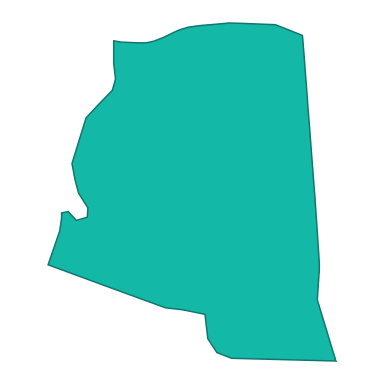 Adila, Eastern Darfur, Sudan (Mercator projection)
{"feature_id": "16777658B87348298332109", "entity_name": "Adila", "entity_type": "district", "adm_level": 2, "iso_a3": "SDN", "parent_name": "Sudan", "parent_adm1": "Eastern Darfur", "projection": "mercator", "projection_center": [27.139, 11.428], "detail": "fine", "context": "isolated", "style": "filled", "palette": "teal", "viewbox_px": 384, "rotation_deg": 0, "n_neighbors": 0, "source": "geoboundaries", "source_scale": "gbopen_adm2", "svg_char_len": 1964}
<svg xmlns="http://www.w3.org/2000/svg" viewBox="0 0 384 384"><path d="M335.9,361.0L335.8,360.9L335.8,360.6L335.7,360.5L335.6,360.2L335.5,359.9L335.5,359.7L335.3,359.1L335.1,358.3L333.4,352.8L333.3,352.7L332.5,349.9L331.7,347.3L331.2,345.5L331.0,345.0L329.8,341.0L328.7,337.5L328.0,334.9L327.5,333.5L327.4,333.3L327.4,333.0L326.6,330.4L326.0,328.4L325.8,327.9L325.5,326.9L323.4,320.1L323.3,319.6L322.7,317.6L322.2,316.1L321.8,314.7L320.6,310.8L320.3,309.6L319.8,308.2L319.2,306.0L318.8,304.7L318.7,304.6L317.9,301.8L317.4,300.2L317.3,299.7L317.3,299.4L317.4,298.4L317.6,295.2L317.7,293.2L318.0,288.8L318.1,288.2L318.3,284.6L318.3,284.3L318.6,280.2L318.9,275.6L319.2,272.2L319.4,265.3L318.9,256.5L318.8,254.7L318.5,250.3L317.9,241.9L317.8,240.3L317.2,230.4L317.1,229.8L317.1,228.8L316.9,225.7L316.8,224.6L316.5,220.5L316.4,218.8L316.3,218.2L316.3,217.1L316.3,216.9L316.1,215.1L316.0,213.6L315.9,212.1L315.9,211.2L315.6,207.4L315.5,205.6L315.4,204.4L315.4,204.1L315.3,203.0L315.2,201.9L315.1,199.9L315.1,199.7L315.1,199.2L314.7,194.3L314.4,191.2L314.3,189.1L313.9,183.8L313.8,182.3L313.6,179.9L313.5,179.6L313.3,176.3L313.1,173.8L312.5,165.9L311.6,154.4L310.8,143.7L309.4,125.3L308.0,107.7L307.9,106.3L306.6,88.5L306.4,85.8L305.5,74.4L305.4,73.3L304.9,66.3L304.7,64.0L304.7,63.4L304.3,58.1L303.1,43.2L302.6,37.1L302.6,36.8L302.5,36.1L302.4,35.6L302.3,35.4L283.6,27.9L275.3,24.7L257.8,24.0L237.2,23.2L229.2,23.0L218.4,24.0L206.4,25.0L198.8,25.7L188.3,27.2L182.0,29.1L179.4,29.9L174.9,31.9L168.6,34.9L163.5,37.4L159.7,38.9L153.8,41.2L147.8,42.5L146.6,42.8L137.6,42.8L120.9,42.1L113.7,40.8L113.7,63.3L115.5,79.0L112.4,90.2L100.2,102.8L86.1,117.8L81.6,132.3L72.0,163.5L75.0,179.7L78.7,193.5L79.1,194.0L87.9,207.9L87.3,217.2L76.3,220.4L68.3,211.6L61.6,212.9L61.6,217.9L59.7,231.0L48.1,264.8L104.0,285.4L146.0,300.7L151.6,302.7L165.5,307.8L182.0,309.7L205.0,314.3L207.8,338.7L216.9,352.6L231.6,358.3L335.9,361.0Z" fill="#14b8a6" stroke="#0f766e" stroke-width="1.5"/></svg>